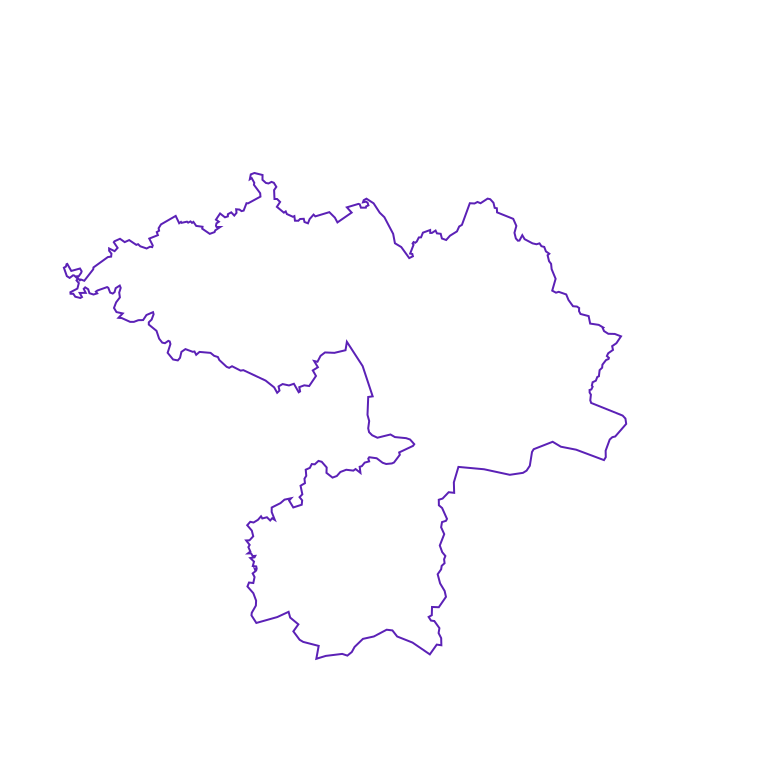 Dhaka, Dhaka, Bangladesh (Mercator projection), rotated 331°
{"feature_id": "16705992B90744549146712", "entity_name": "Dhaka", "entity_type": "district", "adm_level": 2, "iso_a3": "BGD", "parent_name": "Bangladesh", "parent_adm1": "Dhaka", "projection": "mercator", "projection_center": [90.205, 23.783], "detail": "fine", "context": "isolated", "style": "outline", "palette": "violet", "viewbox_px": 768, "rotation_deg": 331, "n_neighbors": 0, "source": "geoboundaries", "source_scale": "gbopen_adm2", "svg_char_len": 6166}
<svg xmlns="http://www.w3.org/2000/svg" viewBox="0 0 768 768"><g transform="rotate(331 384 384)"><path d="M283.3,136.0L266.3,136.3L262.4,138.5L261.6,140.9L258.9,141.0L258.4,144.2L249.2,143.0L248.9,150.7L247.6,151.9L245.9,150.5L242.1,150.4L237.6,145.4L236.7,142.5L234.8,142.2L230.9,134.6L226.0,134.2L223.5,129.0L217.5,128.5L216.4,129.0L217.0,135.8L212.8,137.2L209.3,132.2L208.2,134.2L208.8,137.9L207.1,140.3L204.0,139.1L186.4,141.2L185.3,142.7L171.9,148.4L169.5,145.6L168.2,145.9L167.3,140.8L169.4,141.7L173.1,139.9L174.2,138.8L174.1,135.6L165.3,133.5L165.2,125.4L164.5,125.3L162.7,127.1L160.4,127.1L158.9,135.9L160.5,138.8L164.8,138.2L165.7,139.0L167.1,143.5L165.3,144.3L166.0,147.8L162.1,151.9L154.2,151.7L153.6,153.1L156.0,154.5L156.3,158.0L160.0,161.5L162.0,161.5L162.0,156.8L167.3,159.7L167.5,155.2L169.5,154.6L171.2,157.7L170.4,161.8L173.3,164.9L177.1,165.7L176.8,163.5L178.7,163.3L188.8,165.0L189.5,166.2L188.8,171.3L190.6,173.4L192.9,173.0L195.8,170.1L200.6,169.8L200.3,172.3L196.7,175.7L195.0,180.2L189.3,182.7L184.7,186.6L184.9,191.4L189.7,195.6L183.9,197.4L186.6,199.2L192.1,206.6L195.4,208.4L200.1,209.1L204.3,211.3L209.7,208.5L216.8,209.2L216.3,211.3L212.0,215.0L208.2,216.0L207.1,218.0L210.8,227.2L209.3,235.3L210.1,240.3L212.2,242.1L216.3,241.7L217.2,242.9L216.6,245.5L209.9,251.8L211.4,260.3L215.1,263.4L218.3,262.2L222.4,257.7L227.2,257.2L232.3,263.1L234.0,263.7L233.9,267.4L238.2,266.5L247.4,272.7L249.1,277.0L251.8,279.9L251.6,283.2L254.7,292.7L256.4,294.8L259.7,294.8L265.1,302.8L267.7,303.7L282.1,323.6L286.3,333.7L286.3,339.9L289.4,339.1L290.6,335.0L295.3,334.9L300.2,339.2L305.3,340.1L305.4,349.9L307.0,349.8L308.4,345.7L313.6,346.5L317.6,349.5L328.4,344.0L328.3,337.6L334.3,337.3L334.0,330.0L336.6,332.3L342.2,328.6L347.7,327.8L355.7,332.7L366.7,335.8L372.0,329.1L374.0,358.0L368.1,389.3L363.9,387.7L354.6,403.0L353.1,409.2L348.7,415.1L347.6,418.9L348.8,423.1L352.2,427.8L365.2,431.3L367.8,435.7L377.1,442.1L379.9,445.2L381.3,451.3L379.4,452.2L364.1,451.2L363.5,453.6L354.7,457.5L352.4,457.3L347.1,455.0L344.6,452.2L341.6,445.4L335.6,440.9L334.1,441.6L333.5,444.5L329.0,443.4L324.8,445.1L322.6,444.6L320.3,450.3L317.9,444.6L315.2,444.9L309.4,440.7L303.2,439.8L298.1,441.6L293.6,440.9L290.6,433.8L293.4,429.2L291.8,421.8L289.4,419.5L284.5,420.7L282.0,419.0L278.5,421.4L274.0,421.0L271.5,426.6L268.5,428.3L266.8,432.4L261.7,432.5L259.1,440.9L255.3,442.0L256.0,446.1L253.5,449.7L244.8,448.0L244.5,439.9L247.4,438.9L240.9,436.9L235.7,438.0L225.9,437.6L223.7,441.5L222.6,449.9L221.1,447.2L218.3,448.2L217.0,443.8L212.4,442.6L212.3,440.1L207.9,441.7L202.8,441.9L200.2,439.7L195.9,441.2L197.3,448.2L195.8,453.8L190.6,455.5L187.6,454.0L188.5,459.6L186.3,460.9L185.9,465.7L182.8,466.2L185.6,467.7L185.7,470.8L188.1,471.9L186.7,472.8L182.7,471.4L184.2,476.3L181.0,479.6L183.8,481.6L183.1,483.8L182.3,484.6L181.3,483.1L180.9,485.4L177.3,486.0L177.2,490.1L173.2,494.7L169.7,492.2L166.4,494.9L168.3,503.6L167.1,511.5L164.5,515.7L157.4,520.0L155.9,522.1L156.5,531.1L177.7,536.1L190.1,537.0L188.7,542.8L192.6,552.7L184.8,556.4L186.2,566.8L188.3,570.4L199.9,581.4L191.6,591.5L201.3,593.6L216.6,599.8L220.3,603.8L225.9,602.8L230.8,599.7L242.0,596.7L252.7,599.9L267.2,600.2L271.9,603.6L273.1,611.2L283.6,624.0L293.0,642.7L303.8,637.5L307.5,640.3L310.8,634.0L311.0,628.3L314.1,624.4L313.1,615.7L310.4,613.7L310.1,609.4L313.7,609.4L317.9,602.3L323.7,605.8L335.0,600.2L336.7,594.4L336.4,585.6L338.7,576.4L344.1,573.8L346.3,571.0L350.1,570.1L351.6,566.4L354.3,564.2L353.4,559.3L354.5,552.3L363.9,544.5L364.5,537.0L367.8,532.9L371.9,533.7L373.7,532.5L374.7,520.6L373.2,516.7L375.8,511.8L379.7,512.6L388.1,510.0L392.6,513.2L397.4,503.9L408.9,492.6L430.2,507.1L450.0,524.4L462.5,529.1L466.7,528.9L471.9,526.2L480.5,515.2L483.3,513.6L503.5,516.3L508.3,524.6L520.2,534.6L539.5,557.2L542.5,555.5L545.5,549.8L554.5,542.0L557.9,541.2L560.8,542.0L576.5,536.3L578.4,531.3L577.4,527.3L556.0,501.0L556.5,498.3L559.8,493.6L559.7,491.2L560.9,488.9L562.7,489.3L565.2,487.5L565.0,486.2L567.3,483.6L570.9,483.8L573.9,481.3L575.7,481.4L579.3,476.4L582.7,475.5L584.4,473.0L589.8,470.7L592.5,471.0L593.4,470.2L592.5,467.6L595.0,465.8L600.8,465.2L601.9,461.5L607.0,461.0L614.4,457.2L610.1,452.1L604.5,448.8L602.1,444.4L602.4,441.1L603.2,441.0L600.5,436.4L593.6,431.1L595.9,423.8L589.8,418.0L589.9,414.8L591.5,412.2L590.3,409.8L587.0,407.6L586.1,399.9L586.8,394.0L581.5,388.1L578.7,387.5L576.4,383.9L585.1,375.2L586.3,364.8L588.4,359.9L587.9,356.6L589.5,350.7L591.7,350.2L589.9,346.5L590.6,341.8L588.5,339.8L588.2,336.4L585.1,335.7L582.1,333.0L577.2,325.5L577.1,320.9L572.0,324.2L570.6,323.6L569.9,320.6L571.4,315.0L576.4,309.9L577.1,302.2L566.1,288.7L567.9,285.0L566.2,283.6L567.6,278.6L566.5,273.9L564.5,272.1L556.1,272.7L554.0,270.1L550.7,270.0L546.7,267.5L529.3,282.6L526.1,282.7L521.8,285.9L513.6,286.3L508.2,288.2L505.2,284.8L506.4,280.1L503.3,277.9L503.5,274.8L499.2,275.1L497.7,274.3L499.0,271.7L491.4,270.5L487.5,273.7L485.5,272.7L481.7,275.3L479.7,275.6L478.7,274.2L477.1,275.0L477.3,276.6L470.1,282.6L471.8,284.0L471.2,286.3L467.1,286.1L465.5,272.6L461.8,266.2L464.8,257.1L465.2,238.3L463.3,232.1L462.5,220.9L458.5,213.4L455.4,213.4L453.7,214.9L456.7,215.8L457.5,217.5L457.0,220.2L454.5,220.0L453.6,221.0L449.3,218.6L449.9,215.1L449.0,214.1L437.2,211.5L438.8,218.4L421.6,220.1L421.7,214.7L419.5,207.2L405.2,204.1L404.5,201.7L398.9,203.7L395.4,206.6L393.0,203.8L393.9,200.6L390.6,199.0L388.2,199.7L385.3,198.0L387.0,193.7L385.4,193.6L381.4,188.2L381.7,185.4L379.5,185.6L376.2,177.1L381.4,174.4L380.2,170.4L377.9,169.1L381.9,161.1L385.4,159.4L385.2,154.6L383.6,152.7L380.2,152.6L378.2,150.9L376.7,146.5L379.1,142.3L372.9,136.6L369.1,136.1L365.9,139.9L368.1,139.8L368.1,145.1L366.8,146.7L368.2,157.1L366.8,160.2L352.7,160.1L351.4,159.2L345.3,164.3L343.2,163.7L342.2,161.4L339.4,159.5L338.0,162.8L334.7,164.1L333.6,159.8L329.8,159.8L328.7,161.7L325.7,161.1L323.3,155.4L316.7,158.8L318.2,162.0L315.3,162.3L313.7,164.2L313.7,165.5L316.9,167.3L310.9,167.8L309.4,169.0L304.4,168.2L300.3,160.0L301.5,158.5L296.4,154.7L295.9,149.8L294.2,150.0L293.6,148.0L290.9,147.9L290.4,146.5L285.1,144.9L285.0,143.8L282.8,144.1L283.3,136.0Z" fill="none" stroke="#5b21b6" stroke-width="2"/></g></svg>